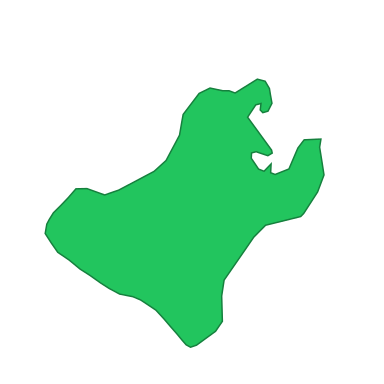 Mbuji-Mayi, Kasaï-Oriental, Democratic Republic of the Congo, rotated 302°
{"feature_id": "63176286B79011641071296", "entity_name": "Mbuji-Mayi", "entity_type": "district", "adm_level": 2, "iso_a3": "COD", "parent_name": "Democratic Republic of the Congo", "parent_adm1": "Kasaï-Oriental", "projection": "orthographic", "projection_center": [23.614, -6.111], "detail": "fine", "context": "isolated", "style": "filled", "palette": "green", "viewbox_px": 384, "rotation_deg": 302, "n_neighbors": 0, "source": "geoboundaries", "source_scale": "gbopen_adm2", "svg_char_len": 1349}
<svg xmlns="http://www.w3.org/2000/svg" viewBox="0 0 384 384"><g transform="rotate(302 192 192)"><path d="M297.5,169.8L294.1,164.3L289.7,152.2L279.4,145.8L253.1,143.4L246.8,145.9L233.6,151.3L222.6,152.1L215.1,152.6L205.3,153.3L204.9,153.3L192.1,149.7L189.4,148.9L186.8,147.4L154.7,128.8L150.3,125.2L143.2,119.5L139.2,101.1L133.2,91.9L121.3,90.0L110.7,87.8L101.0,85.5L97.1,85.5L93.1,85.5L87.8,85.9L79.0,89.5L74.1,99.9L69.7,110.2L69.2,123.7L67.3,138.1L67.2,149.3L66.4,163.2L66.3,173.1L67.1,184.8L71.9,197.4L73.2,205.5L72.7,223.9L69.6,235.2L66.5,245.0L63.8,254.0L61.1,262.1L59.3,268.0L59.6,273.0L64.5,277.0L86.4,285.8L91.6,286.0L98.4,286.3L119.5,272.3L121.1,271.6L134.3,265.9L170.3,267.6L186.4,268.3L194.0,270.0L202.8,272.0L228.8,297.2L233.0,298.1L258.5,298.5L260.1,298.2L276.4,294.9L285.9,286.7L297.6,276.5L305.2,273.3L302.9,269.9L295.7,259.5L293.1,259.2L285.5,258.5L282.1,259.0L262.9,262.0L250.9,253.2L250.3,249.9L250.0,248.5L257.7,244.2L253.5,243.3L247.8,242.1L247.5,240.6L246.7,236.3L249.4,230.3L252.0,224.4L256.7,221.8L260.2,225.1L260.6,227.1L263.0,237.1L267.5,239.4L269.7,237.3L284.9,199.5L299.7,199.9L303.6,203.6L300.4,205.1L297.7,206.4L297.5,207.3L296.8,210.0L300.8,213.6L309.6,212.8L316.0,207.0L320.8,202.8L324.5,195.7L324.7,195.3L322.3,187.6L298.8,176.1L298.5,174.8L297.5,169.8Z" fill="#22c55e" stroke="#15803d" stroke-width="1.5"/></g></svg>